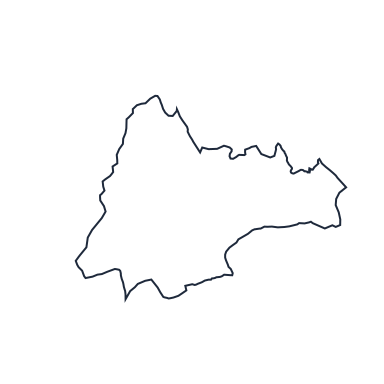 Igalamela-Odolu, Kogi, Nigeria (Albers equal-area conic projection), rotated 150°
{"feature_id": "59680162B24636018787341", "entity_name": "Igalamela-Odolu", "entity_type": "district", "adm_level": 2, "iso_a3": "NGA", "parent_name": "Nigeria", "parent_adm1": "Kogi", "projection": "albers", "projection_center": [6.989, 7.036], "detail": "fine", "context": "isolated", "style": "outline", "palette": "slate", "viewbox_px": 384, "rotation_deg": 150, "n_neighbors": 0, "source": "geoboundaries", "source_scale": "gbopen_adm2", "svg_char_len": 3285}
<svg xmlns="http://www.w3.org/2000/svg" viewBox="0 0 384 384"><g transform="rotate(150 192 192)"><path d="M320.9,193.2L321.3,193.0L321.9,192.8L327.1,190.5L327.8,186.3L327.8,183.6L326.5,178.8L327.5,173.0L327.2,170.7L320.4,168.4L315.2,167.7L311.1,166.0L305.4,165.3L297.3,163.9L295.8,162.7L294.0,161.1L293.6,159.6L294.3,157.2L295.3,155.3L296.3,151.9L296.9,148.3L297.5,146.4L298.4,144.0L299.0,141.6L299.4,139.7L300.8,136.5L303.1,132.4L295.1,137.1L289.1,138.1L284.9,139.5L276.9,138.5L271.0,136.5L269.5,126.4L269.6,121.0L269.3,115.5L268.5,114.5L266.6,112.8L265.5,111.5L264.3,111.0L260.9,109.9L255.7,108.9L251.1,109.2L246.1,109.6L244.7,114.1L237.9,112.0L236.1,110.1L234.6,109.7L232.8,109.6L229.8,109.1L228.3,108.9L225.2,108.9L224.5,108.7L221.5,107.8L219.4,106.6L218.0,107.2L216.3,106.4L214.8,106.0L213.6,106.0L210.3,104.5L208.4,104.1L205.5,104.3L200.1,100.6L198.8,99.8L198.2,100.4L197.3,101.4L196.9,106.0L197.8,108.9L197.3,111.1L196.7,115.9L196.1,118.6L194.6,121.2L192.2,123.3L187.4,125.1L183.2,125.6L178.8,126.0L175.5,127.8L172.8,127.8L168.6,127.8L164.5,127.8L159.1,128.7L156.4,128.4L155.9,128.1L155.5,128.0L152.0,126.6L150.8,126.0L146.6,125.8L144.3,124.3L140.1,122.1L135.4,118.5L129.5,115.5L124.9,113.6L117.0,111.3L114.8,111.5L112.8,110.2L110.2,108.5L106.0,107.2L103.9,106.8L103.0,104.6L95.2,94.0L87.1,93.0L85.0,89.9L83.5,89.7L80.2,89.3L77.3,94.1L75.1,101.0L74.1,108.8L70.6,113.9L64.7,117.7L56.2,119.0L58.9,131.4L59.2,134.4L60.2,137.6L61.8,142.2L63.5,146.5L65.2,151.7L65.2,156.9L66.9,156.6L68.1,154.8L68.3,153.5L74.1,152.2L74.8,151.6L75.3,151.5L76.0,151.0L76.7,151.4L77.0,151.3L77.5,152.3L78.1,153.2L78.5,153.8L79.7,152.3L79.7,152.2L79.1,151.6L80.0,150.5L80.4,150.1L81.3,150.7L82.0,151.1L81.8,151.6L83.7,153.5L84.3,153.7L84.8,155.3L85.7,156.2L86.8,156.8L89.4,156.8L92.6,157.0L94.7,157.1L95.8,158.0L96.5,159.3L96.3,160.4L95.6,161.2L94.8,161.6L93.8,162.1L93.4,162.9L93.6,164.6L93.8,165.7L94.0,166.2L94.2,167.1L94.3,168.1L94.2,169.3L94.3,170.6L94.0,172.0L93.5,172.7L92.5,174.3L92.4,176.6L92.1,178.1L92.2,179.7L91.8,180.9L92.3,182.2L92.6,184.1L92.6,186.2L92.2,187.6L92.5,189.4L93.2,190.9L94.8,190.2L96.2,189.5L97.1,188.7L97.8,187.0L99.2,185.5L102.6,182.1L107.0,182.8L113.0,190.2L113.4,199.8L117.9,201.3L120.4,201.3L124.8,202.1L126.1,200.0L126.9,197.9L128.2,197.8L132.6,200.6L133.9,200.6L134.4,200.5L136.3,200.2L139.8,200.2L141.9,201.7L141.6,204.2L140.0,206.2L137.4,207.4L136.3,209.0L137.1,211.7L139.5,214.4L141.2,216.1L148.6,216.8L156.2,220.8L160.9,225.4L165.2,222.2L165.8,234.9L165.7,237.3L165.9,241.3L165.8,243.4L165.6,246.4L164.3,248.3L163.7,250.9L164.5,258.9L164.7,263.6L164.0,268.1L163.7,271.2L164.7,269.8L170.7,267.5L174.2,269.8L175.5,274.2L175.5,278.4L174.6,282.6L174.3,285.1L173.6,288.3L173.9,292.4L175.8,293.7L179.5,293.7L181.5,293.7L187.9,292.1L191.7,293.7L196.4,294.7L197.1,294.5L201.8,293.4L203.7,289.9L209.4,288.3L212.3,287.7L217.0,280.0L220.2,276.2L224.9,272.6L227.8,268.2L233.5,265.6L238.6,261.8L240.8,257.0L242.4,254.1L248.0,253.8L248.7,252.3L249.2,251.1L250.3,248.7L252.9,247.6L255.1,246.8L261.1,246.3L264.1,245.8L266.2,241.0L267.1,237.0L271.3,235.5L273.2,235.2L274.1,233.7L275.7,230.5L275.3,223.8L276.6,218.3L277.6,217.7L282.5,214.9L283.2,214.5L297.5,209.1L304.3,205.1L305.1,204.6L306.8,202.4L311.1,196.9L320.9,193.2Z" fill="none" stroke="#1e293b" stroke-width="2"/></g></svg>